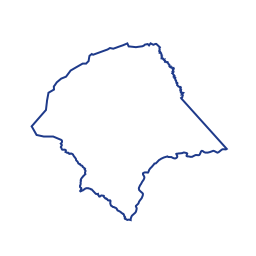 Marechal Thaumaturgo, Acre, Brazil (Equal Earth projection), rotated 228°
{"feature_id": "56859067B20321817435664", "entity_name": "Marechal Thaumaturgo", "entity_type": "district", "adm_level": 2, "iso_a3": "BRA", "parent_name": "Brazil", "parent_adm1": "Acre", "projection": "equal_earth", "projection_center": [-72.677, -9.092], "detail": "fine", "context": "isolated", "style": "outline", "palette": "blue", "viewbox_px": 256, "rotation_deg": 228, "n_neighbors": 0, "source": "geoboundaries", "source_scale": "gbopen_adm2", "svg_char_len": 5723}
<svg xmlns="http://www.w3.org/2000/svg" viewBox="0 0 256 256"><g transform="rotate(228 128 128)"><path d="M202.5,86.1L201.2,84.7L200.7,84.1L196.3,79.1L195.3,70.7L195.1,69.1L194.9,67.4L193.7,57.5L192.2,57.2L184.0,55.4L178.0,59.7L177.6,60.2L171.7,66.7L169.8,67.6L165.1,69.8L164.4,70.2L163.7,70.4L163.1,70.5L162.6,70.3L162.1,69.9L161.6,69.3L161.4,68.5L161.4,67.6L160.7,67.5L160.0,67.6L159.4,67.2L159.2,66.7L159.1,66.0L158.8,65.3L158.1,65.2L157.6,65.1L156.7,64.7L156.0,64.6L155.6,64.9L155.3,65.2L154.6,66.1L154.1,66.6L153.6,66.7L153.0,66.9L152.4,66.2L152.0,65.5L151.4,65.8L150.8,66.0L150.3,66.2L150.1,66.6L149.7,67.0L149.2,67.2L148.8,66.9L148.0,67.1L147.4,67.9L147.3,68.5L146.9,68.8L146.5,68.9L146.1,69.2L145.6,69.3L145.0,69.4L144.4,69.1L143.7,69.0L142.9,68.9L142.4,68.8L141.7,68.9L141.2,68.8L140.7,68.7L140.1,68.7L139.4,68.3L138.8,67.9L138.3,67.9L137.7,67.9L137.2,68.0L136.7,68.0L136.1,67.8L135.5,67.6L134.9,67.4L134.4,67.5L133.9,67.7L133.6,68.1L133.1,68.2L132.6,67.9L132.1,68.1L131.5,68.1L130.8,68.6L130.4,68.7L129.9,68.6L129.3,68.3L128.6,68.5L128.1,68.6L127.7,68.6L127.1,68.8L126.4,68.8L126.1,68.0L125.7,68.0L125.3,67.9L124.8,67.9L124.4,67.6L124.2,67.1L123.9,66.6L123.5,66.1L122.9,65.7L122.3,65.5L122.4,64.7L122.1,64.0L122.2,62.8L122.1,61.9L121.9,61.4L121.9,60.6L121.7,59.8L121.5,59.1L121.3,58.5L120.9,58.2L120.6,57.7L120.2,57.7L119.8,57.1L119.4,56.4L118.9,56.1L118.6,55.9L118.0,55.2L117.5,54.6L117.4,54.0L117.0,53.5L116.7,53.3L116.3,52.9L115.8,52.8L115.4,52.9L114.8,53.1L114.3,52.9L113.9,52.1L113.5,51.4L113.3,50.8L113.2,50.3L112.7,50.3L112.4,51.2L112.3,52.0L111.9,52.5L111.9,53.1L111.8,53.9L111.6,54.6L111.6,55.6L111.4,56.2L111.1,56.6L110.9,57.1L110.4,57.5L110.0,58.1L109.3,58.4L108.8,58.8L108.3,59.1L107.8,59.3L107.2,59.4L106.8,59.9L101.9,60.0L101.1,60.0L100.7,60.0L100.4,60.3L100.0,60.6L99.6,60.7L99.3,61.1L99.1,61.6L98.6,61.3L98.1,61.0L97.5,61.1L96.8,60.8L96.2,60.8L95.8,61.5L95.8,62.2L95.8,62.8L95.5,63.3L94.9,63.7L94.4,64.2L93.8,64.6L93.3,64.1L92.7,64.0L92.0,64.0L91.5,64.1L90.9,64.0L90.5,64.2L90.1,64.7L89.5,64.5L89.1,64.9L88.5,64.9L87.8,64.7L87.2,65.0L86.9,65.4L86.6,65.6L86.4,66.2L85.8,66.3L85.2,65.9L84.8,65.4L84.3,64.8L83.7,64.3L83.0,64.0L82.6,63.8L81.9,63.5L81.3,63.5L80.8,63.8L80.1,63.8L79.6,63.9L79.2,64.1L78.8,64.6L78.2,64.7L77.7,64.9L77.2,65.3L76.7,65.5L76.0,65.6L75.4,65.6L74.9,65.2L74.3,65.3L73.7,65.1L73.2,65.3L72.5,65.7L71.9,65.8L71.3,66.1L70.5,66.3L69.9,66.4L69.4,66.3L68.7,66.6L68.3,66.6L67.6,66.7L67.3,67.1L66.3,66.9L65.7,66.7L65.3,66.3L64.7,66.1L64.2,66.3L63.6,66.2L63.3,65.3L62.8,65.0L62.1,65.1L61.6,65.6L61.0,65.7L60.5,65.8L60.1,66.0L59.8,66.7L59.3,67.3L58.7,67.8L58.3,68.1L57.8,68.4L58.6,69.1L59.1,69.9L59.9,71.4L60.2,72.3L60.2,76.7L60.5,77.9L61.8,79.9L62.6,80.8L64.5,81.4L64.8,81.8L64.9,85.2L65.8,86.8L66.2,88.3L66.7,91.2L67.9,93.7L69.0,95.0L69.8,95.2L70.7,95.1L72.3,94.9L74.4,94.8L75.7,95.5L76.3,96.2L76.6,97.0L77.3,98.5L77.7,100.3L78.5,102.4L79.1,105.0L79.7,106.3L80.3,107.1L81.2,107.6L83.3,108.0L84.3,108.8L84.0,110.4L82.7,112.0L82.1,112.4L81.5,113.0L81.8,114.0L82.7,115.7L83.1,117.4L83.2,119.7L83.6,122.6L83.7,123.2L83.9,123.8L83.1,125.0L83.2,127.2L83.3,128.1L83.4,129.9L83.1,130.9L83.0,132.0L82.1,134.9L80.5,138.3L79.5,138.5L78.3,139.8L77.5,140.7L75.4,141.5L74.4,142.1L73.7,142.9L73.4,143.8L73.4,144.9L74.1,145.8L76.4,146.5L76.3,147.0L75.5,148.0L75.1,148.8L74.6,149.3L73.0,151.6L72.6,152.9L72.0,153.5L70.1,154.8L69.4,154.9L68.3,153.0L67.9,152.8L67.2,153.1L66.6,153.8L64.7,155.2L63.7,156.4L62.9,159.5L62.5,160.4L60.7,162.1L60.3,162.8L60.3,163.5L61.3,165.8L61.7,166.5L61.6,167.6L60.9,168.1L59.2,168.4L58.0,169.0L56.4,170.7L55.3,172.8L54.0,176.1L53.1,176.7L49.9,177.9L49.4,179.1L49.2,182.7L49.0,183.9L48.3,184.8L46.6,186.4L46.4,187.4L114.1,187.4L114.8,187.5L114.8,188.1L114.5,188.7L114.7,189.2L115.2,189.8L115.6,190.6L116.1,190.8L116.6,191.1L117.0,190.4L117.3,191.0L117.2,191.6L117.7,191.4L117.6,192.2L118.0,191.9L118.6,191.5L119.2,191.2L119.7,191.9L120.2,192.3L120.8,191.9L121.3,192.3L121.3,193.0L121.7,192.9L122.3,193.8L122.9,193.8L122.9,194.4L123.3,194.5L123.7,193.6L124.2,193.7L124.6,193.6L125.3,193.2L125.8,193.3L126.2,193.4L126.6,193.3L127.0,193.2L127.4,193.6L127.8,194.0L128.1,194.6L128.5,194.8L129.0,194.2L129.5,194.5L130.2,194.7L130.6,195.2L131.2,195.5L131.8,195.3L132.2,195.4L132.6,195.8L133.1,196.1L133.9,196.0L133.9,196.8L134.7,196.8L135.3,196.4L135.6,197.2L136.1,196.9L136.4,197.5L137.1,197.6L137.6,197.5L138.2,197.6L138.8,197.8L139.0,198.5L139.3,198.0L139.6,198.6L140.2,198.8L140.2,199.4L140.7,199.9L140.8,200.7L141.3,201.1L141.5,201.8L142.1,202.0L142.3,201.5L142.5,200.8L143.1,200.9L143.8,201.1L144.2,200.4L144.7,200.2L145.1,200.7L145.5,200.1L146.1,200.0L146.6,200.6L147.0,200.9L147.4,201.1L148.0,200.8L148.6,201.0L149.0,201.1L149.5,201.2L149.9,201.1L150.5,201.5L151.0,201.0L151.4,200.4L151.9,200.3L152.3,200.4L152.6,199.9L153.2,200.5L153.8,200.3L154.4,200.3L154.6,200.8L155.0,200.2L155.5,200.2L156.2,200.5L156.6,200.4L156.8,199.9L157.3,199.5L157.8,200.1L158.5,200.7L158.7,201.4L159.3,201.3L159.8,201.6L160.1,202.1L160.7,202.2L161.5,202.7L162.2,202.3L162.7,201.8L163.2,202.3L163.4,203.0L163.8,202.9L164.3,202.7L164.7,203.2L164.9,203.9L165.6,204.3L166.0,204.6L166.4,204.9L166.6,205.7L171.5,205.3L172.1,204.7L172.9,202.5L175.8,201.4L175.3,198.9L177.2,198.8L178.1,197.3L178.7,196.2L178.6,195.0L179.1,193.4L181.7,189.6L182.8,187.9L183.2,187.6L186.0,185.1L187.0,184.2L188.2,183.1L191.3,184.1L192.9,179.5L194.6,175.5L195.8,172.5L196.8,170.1L199.5,168.1L200.0,165.4L202.2,160.0L205.1,152.8L205.8,151.1L206.4,150.8L207.2,150.6L207.4,147.7L206.3,146.2L204.1,143.5L203.9,139.9L206.2,137.4L207.8,130.1L209.1,123.8L208.7,121.9L207.6,116.3L209.4,111.4L209.6,105.6L208.8,102.4L208.5,100.7L206.1,98.7L207.4,92.5L202.8,86.5L202.5,86.1Z" fill="none" stroke="#1e3a8a" stroke-width="2"/></g></svg>